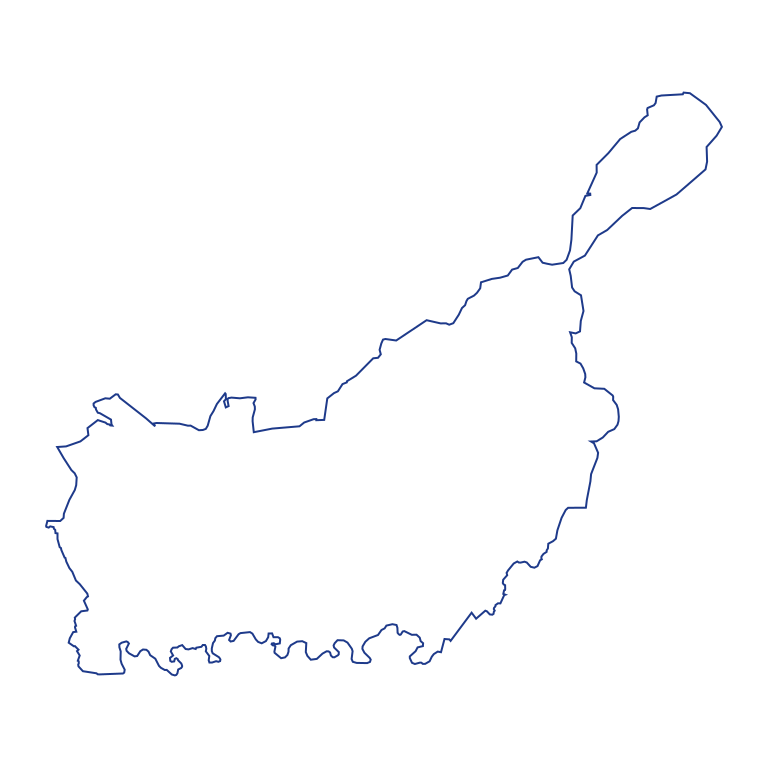 the district of Dieci, Arad, Romania
{"feature_id": "2599482B18788112816328", "entity_name": "Dieci", "entity_type": "district", "adm_level": 2, "iso_a3": "ROU", "parent_name": "Romania", "parent_adm1": "Arad", "projection": "orthographic", "projection_center": [22.243, 46.362], "detail": "fine", "context": "isolated", "style": "outline", "palette": "blue", "viewbox_px": 768, "rotation_deg": 0, "n_neighbors": 0, "source": "geoboundaries", "source_scale": "gbopen_adm2", "svg_char_len": 6046}
<svg xmlns="http://www.w3.org/2000/svg" viewBox="0 0 768 768"><path d="M441.0,652.2L444.5,639.0L449.4,639.4L450.6,640.9L471.6,612.7L476.1,618.7L485.3,610.7L486.9,611.3L489.8,614.4L492.3,614.7L493.5,613.9L493.9,611.6L494.7,610.7L493.8,609.0L494.0,608.0L495.4,606.3L495.5,605.1L498.0,603.3L500.4,603.4L504.2,595.1L505.3,594.7L503.3,593.9L504.1,590.3L505.0,590.0L505.2,589.1L505.1,585.2L503.6,584.4L502.8,583.0L503.2,579.7L507.2,575.2L506.6,572.9L508.0,570.5L513.7,563.5L517.3,561.5L518.8,562.5L520.6,562.6L524.5,561.7L526.8,562.5L530.7,566.8L534.4,567.7L537.5,566.1L540.1,560.3L541.8,559.3L541.3,558.2L541.5,556.5L543.5,553.9L546.6,551.9L546.7,550.3L547.9,548.5L548.3,543.7L553.0,541.2L555.9,538.7L557.4,530.3L561.6,517.8L565.7,510.0L568.1,507.8L585.9,507.7L586.8,500.1L590.4,481.4L591.1,474.1L597.4,457.9L598.1,452.8L594.0,443.3L591.0,441.5L596.6,441.3L602.8,437.5L608.2,431.8L614.3,429.1L617.5,424.7L618.5,421.1L618.8,416.8L618.1,409.3L616.7,404.9L613.1,400.1L613.2,396.7L612.7,395.5L604.3,388.8L594.4,388.3L584.1,382.5L585.4,377.3L585.2,374.0L583.2,368.3L580.5,363.6L576.2,361.4L576.3,353.6L575.2,348.3L571.7,342.9L571.8,337.2L570.1,332.3L575.7,333.4L580.0,331.4L580.8,320.9L583.5,311.0L581.0,295.3L574.6,291.3L572.1,287.5L570.7,275.8L569.2,269.3L573.8,261.6L584.9,255.6L597.9,235.4L607.2,230.0L622.2,215.8L632.1,208.0L643.9,208.1L650.2,209.0L676.5,194.5L705.5,169.4L707.1,161.6L706.6,147.0L716.6,135.7L721.9,126.9L719.7,122.0L706.0,104.9L689.9,93.2L683.6,92.6L682.8,94.3L661.5,95.5L656.7,96.6L655.6,103.0L653.9,105.3L647.6,108.0L647.1,109.5L647.7,115.3L644.5,117.3L639.6,122.4L637.9,128.4L635.2,130.7L631.3,131.8L620.2,139.0L608.4,153.1L596.6,164.9L596.7,172.6L587.3,193.4L590.2,193.6L590.3,195.0L585.4,195.9L580.3,208.2L572.7,215.5L571.4,239.7L570.0,250.4L566.6,259.8L563.3,263.0L552.1,264.7L546.9,263.7L542.6,262.7L538.4,257.2L526.0,259.7L522.6,261.8L517.8,268.0L512.1,269.6L507.8,275.5L500.1,277.7L491.9,278.9L481.0,282.3L480.2,288.3L477.0,292.8L474.0,295.6L467.8,298.8L466.4,301.2L465.1,305.2L462.0,308.0L458.8,314.7L453.3,323.2L449.2,324.7L446.0,323.3L440.6,323.4L426.6,320.2L396.2,340.5L385.4,339.0L383.0,339.6L381.3,343.5L379.6,349.8L380.8,354.3L378.0,357.8L373.2,358.3L356.0,375.7L347.0,381.2L346.8,382.4L342.5,384.1L337.9,391.3L334.0,393.1L327.3,398.4L324.2,419.9L316.3,420.2L316.3,419.1L313.6,419.2L304.2,422.5L299.5,426.3L272.2,428.6L253.8,432.2L252.6,421.2L252.7,417.4L254.9,409.3L254.8,406.5L253.5,403.1L255.6,399.4L255.5,397.8L247.9,397.3L239.9,398.3L231.5,397.6L228.6,398.1L227.7,398.8L227.6,400.7L228.6,406.1L225.8,407.4L224.0,401.3L225.9,399.2L225.7,394.0L225.1,393.3L216.9,404.0L213.5,411.1L210.4,416.1L207.7,425.7L205.8,428.9L202.8,430.0L198.9,430.2L190.6,425.6L188.0,425.7L179.5,423.7L156.5,423.0L153.7,423.5L155.1,426.3L146.1,418.4L119.9,397.9L117.9,394.5L115.7,394.3L109.8,398.7L105.3,398.3L95.6,401.9L93.6,403.5L93.6,405.3L94.5,407.2L95.8,407.8L96.0,409.5L97.8,412.7L99.9,413.2L111.0,419.6L111.5,424.4L112.3,425.6L110.2,425.4L109.5,424.5L107.3,424.1L105.5,422.6L97.8,420.1L87.5,428.1L88.4,435.2L80.4,441.4L66.1,446.4L57.2,447.0L63.7,458.2L71.4,470.1L74.7,473.3L76.7,477.4L76.2,485.2L74.8,490.0L69.4,499.8L63.9,513.7L63.6,517.9L60.2,521.0L47.4,520.9L46.1,526.0L46.4,526.9L48.7,527.6L50.2,526.4L53.6,527.1L53.9,528.7L55.2,529.9L55.5,533.1L57.5,533.4L57.5,539.1L59.7,547.2L61.0,548.1L61.3,549.9L64.6,557.6L65.4,557.9L66.3,561.6L69.4,568.1L72.3,571.8L75.9,580.5L79.8,584.2L87.3,593.6L88.0,596.4L86.7,597.2L83.9,600.7L87.8,609.4L87.4,610.5L81.2,611.3L74.8,617.6L75.1,619.1L74.5,621.0L76.1,625.8L75.1,626.4L75.0,627.4L76.3,631.7L73.2,632.1L69.8,638.3L68.7,642.7L73.9,646.3L74.9,646.1L78.5,649.7L77.0,651.1L79.7,655.5L77.8,660.8L78.7,661.3L78.8,663.2L78.2,664.7L78.5,666.4L82.9,671.2L96.5,673.3L97.7,674.3L99.6,674.4L123.0,673.5L124.2,672.6L124.7,669.7L121.6,663.7L120.5,659.7L120.7,651.4L119.4,647.3L119.3,644.4L121.7,642.7L126.3,641.4L127.7,642.0L128.9,643.5L126.2,648.9L126.6,650.8L129.0,653.3L134.6,656.4L137.2,656.0L140.3,651.2L143.0,649.5L146.4,649.8L148.5,651.6L150.2,655.2L155.3,658.7L159.0,665.9L160.9,667.8L164.8,670.0L166.7,669.9L171.8,674.5L174.9,675.4L176.3,674.9L177.4,673.3L178.2,669.5L181.2,668.0L182.1,666.7L182.1,665.6L181.3,663.5L178.1,660.3L177.7,659.1L176.3,658.2L174.8,658.9L174.2,661.4L171.7,661.8L170.3,660.9L170.0,657.9L173.1,655.5L170.8,651.4L171.6,649.2L173.0,647.7L177.4,647.5L178.8,646.3L182.2,645.1L185.6,649.0L188.5,649.4L192.6,648.1L195.7,649.0L196.3,647.7L201.4,646.8L202.8,645.0L205.0,645.0L205.9,646.5L206.3,648.8L205.8,651.3L209.3,656.0L208.7,660.3L209.4,662.5L212.2,662.5L216.1,661.2L218.4,661.8L220.1,661.1L220.4,659.5L219.9,658.5L218.9,657.2L212.7,653.3L211.8,651.1L211.8,648.4L213.0,643.1L214.9,640.5L215.3,638.2L217.0,636.2L223.7,635.6L227.6,632.8L230.5,633.6L230.9,635.2L229.1,640.0L230.6,641.5L233.6,640.9L238.6,634.2L240.5,633.1L250.0,632.1L252.4,633.6L255.8,639.4L258.1,641.9L261.7,643.3L265.9,641.1L268.2,637.2L268.6,633.5L272.1,633.4L273.5,637.2L278.0,637.2L279.8,638.3L280.2,639.7L279.8,643.4L275.4,644.3L273.8,643.2L271.9,643.5L271.6,644.2L272.7,645.3L274.6,645.6L275.4,646.7L274.4,651.6L274.6,652.8L281.1,658.2L285.0,657.4L287.4,655.0L288.5,651.7L288.6,648.5L290.8,645.2L297.1,641.6L302.3,641.2L306.3,643.1L305.8,652.1L307.4,655.9L310.8,659.7L316.8,658.9L322.5,653.6L326.6,651.3L328.6,651.4L330.1,652.5L330.9,655.5L332.7,657.2L334.4,657.3L337.9,655.3L338.7,654.4L338.8,652.1L334.1,647.5L333.6,645.4L334.7,643.2L337.5,640.2L343.7,640.4L347.5,642.6L351.8,648.7L352.6,651.2L351.6,659.0L352.8,661.8L356.6,662.9L367.1,663.1L370.0,661.9L370.7,659.6L369.7,657.9L364.4,652.7L362.4,648.9L362.6,646.4L365.3,641.8L369.2,638.3L378.0,635.0L381.5,630.0L384.6,628.4L386.4,625.6L392.4,624.2L396.5,625.0L397.4,627.8L397.6,632.8L398.8,634.3L399.9,634.9L400.8,634.5L402.7,631.5L404.3,631.1L411.8,634.8L416.5,634.7L419.7,637.6L420.7,641.2L423.1,643.2L422.9,646.1L417.6,647.4L415.6,651.2L409.8,656.4L409.8,658.1L412.0,662.8L414.9,664.0L420.0,662.6L421.4,662.7L422.8,663.9L425.1,663.9L429.6,661.3L431.8,656.7L433.8,654.1L437.7,651.6L441.0,652.2Z" fill="none" stroke="#1e3a8a" stroke-width="2"/></svg>